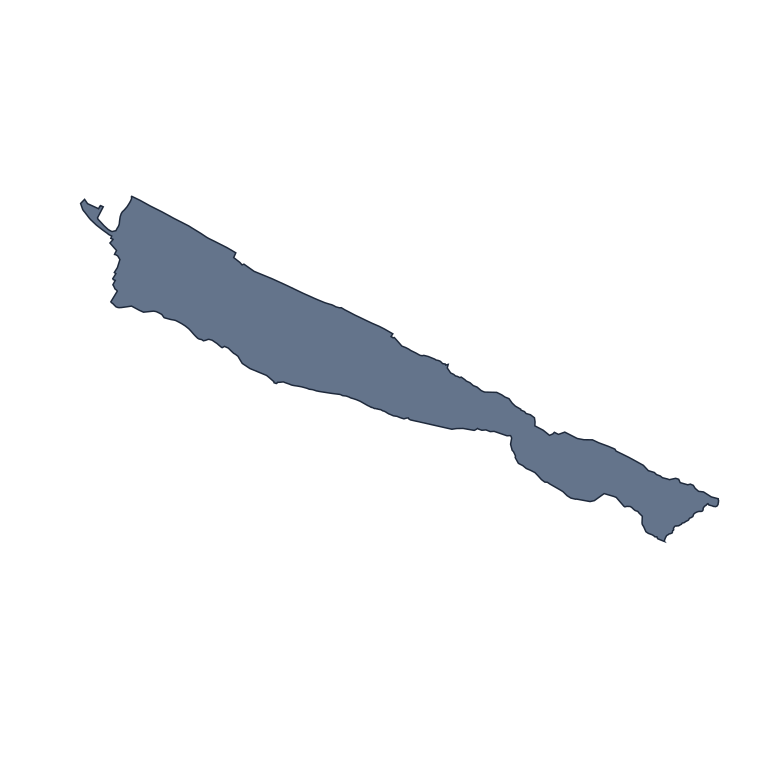 Dragus, Brasov, Romania, rotated 297°
{"feature_id": "2599482B95636369250135", "entity_name": "Dragus", "entity_type": "district", "adm_level": 2, "iso_a3": "ROU", "parent_name": "Romania", "parent_adm1": "Brasov", "projection": "albers", "projection_center": [24.778, 45.701], "detail": "fine", "context": "isolated", "style": "filled", "palette": "slate", "viewbox_px": 768, "rotation_deg": 297, "n_neighbors": 0, "source": "geoboundaries", "source_scale": "gbopen_adm2", "svg_char_len": 6035}
<svg xmlns="http://www.w3.org/2000/svg" viewBox="0 0 768 768"><g transform="rotate(297 384 384)"><path d="M433.5,733.9L432.0,726.9L432.9,717.7L431.2,713.0L432.3,708.6L434.1,705.6L433.9,702.4L432.1,700.4L430.6,692.7L432.9,689.8L432.4,686.7L428.3,681.7L428.1,679.8L426.9,674.6L427.5,671.9L427.0,668.0L427.9,665.0L426.8,658.8L429.3,652.0L429.8,635.3L429.6,621.2L430.8,619.3L430.3,612.0L429.1,601.9L428.9,595.1L425.1,587.4L423.2,581.0L423.2,566.9L418.3,562.3L418.3,557.7L416.2,557.1L413.4,554.8L415.1,546.8L415.2,537.4L418.8,535.8L422.2,533.4L423.1,528.4L422.2,524.0L423.2,521.7L422.9,517.9L423.6,517.3L423.9,511.1L425.2,506.8L427.7,502.0L427.3,497.7L427.8,493.9L427.7,488.2L422.5,477.4L422.3,475.4L422.3,473.4L423.5,468.4L423.1,464.2L424.2,460.0L424.0,456.0L424.6,454.0L425.2,449.6L424.1,448.6L424.1,445.8L423.6,444.0L424.2,441.8L424.1,438.4L427.0,433.1L430.6,432.3L428.9,430.4L429.6,429.6L428.8,426.9L429.7,424.3L429.8,423.4L429.6,421.6L429.0,419.5L429.2,417.9L428.6,410.9L427.6,406.5L426.5,405.1L425.9,403.0L426.1,398.3L426.0,392.7L426.3,390.2L426.3,386.7L425.9,382.9L426.0,382.4L427.0,380.0L430.1,372.1L429.2,371.2L429.5,370.4L429.3,369.4L429.5,368.7L432.7,369.1L433.2,359.5L433.2,353.6L432.7,345.7L432.5,338.7L432.4,333.0L432.2,326.9L432.3,319.8L432.3,315.4L432.6,311.3L431.7,309.8L430.9,306.1L431.0,303.8L430.9,301.4L430.5,299.7L429.6,294.5L429.0,287.2L428.7,282.6L428.1,270.7L427.7,253.7L427.0,236.9L426.3,228.1L425.4,217.1L427.2,204.8L425.7,203.4L426.9,200.4L428.4,192.7L433.6,192.4L434.2,182.7L434.2,168.0L434.1,162.2L434.2,159.4L435.0,152.9L435.8,142.7L436.2,138.2L436.2,121.4L436.6,108.3L436.5,95.0L436.9,83.3L436.7,74.0L436.3,73.9L434.6,74.9L432.3,75.1L429.5,75.0L425.3,74.6L421.2,73.6L418.7,72.7L416.5,72.5L413.3,73.0L411.5,73.6L409.4,74.3L406.3,75.5L403.9,75.8L402.2,75.6L398.9,75.5L396.3,72.4L396.3,70.4L396.5,67.8L397.0,66.1L397.9,62.8L401.2,53.9L401.6,53.8L402.0,53.3L414.4,53.4L414.3,50.6L413.5,50.6L413.4,50.1L410.6,50.1L410.1,38.0L412.6,33.4L407.1,31.7L402.6,36.4L401.8,37.9L401.2,39.4L397.9,46.3L397.2,48.1L395.0,55.6L393.5,63.3L393.0,66.5L392.6,69.2L392.2,70.7L392.2,74.2L389.7,74.5L389.9,76.9L389.7,77.0L385.2,75.8L381.5,85.1L378.5,85.0L377.1,85.1L377.4,86.1L377.3,88.1L377.1,88.8L375.0,92.2L366.7,93.6L360.9,93.1L360.6,95.0L354.7,94.5L354.1,95.4L354.3,97.5L349.3,97.4L348.4,98.9L346.6,101.1L346.4,102.0L346.2,103.3L345.6,104.2L333.2,103.3L332.7,104.4L332.6,105.6L331.1,110.1L331.3,112.0L331.7,113.2L332.9,115.3L336.1,119.9L338.8,123.7L338.6,132.6L338.8,137.1L344.3,145.6L345.1,148.2L345.2,151.7L345.1,154.4L343.3,157.9L343.4,158.8L344.7,164.9L345.7,168.1L346.0,169.6L346.0,173.2L345.9,176.4L345.5,180.5L344.6,184.9L343.7,187.5L342.0,191.7L341.1,194.2L340.2,197.1L340.1,198.5L340.3,199.6L340.8,201.3L340.5,203.5L342.0,205.3L344.0,207.1L344.4,208.1L345.0,211.0L344.8,212.5L344.5,214.7L344.3,216.7L343.7,219.0L342.9,222.5L342.9,223.3L345.1,224.8L345.3,229.0L343.9,233.3L343.1,236.1L343.0,238.1L342.7,239.8L342.4,241.4L341.6,242.5L338.0,248.3L337.9,249.0L336.9,257.6L338.3,275.2L338.2,276.1L337.6,278.8L336.3,283.9L336.2,284.7L335.2,285.4L335.5,287.8L335.9,288.2L337.1,288.3L338.3,290.5L340.2,293.4L340.3,295.2L341.0,300.3L341.0,301.2L341.2,302.6L341.8,304.7L342.8,307.6L343.5,309.9L344.1,312.0L344.5,313.9L345.2,317.3L345.3,318.4L345.4,319.7L346.5,322.8L346.8,324.3L347.2,327.1L347.5,327.9L347.8,329.2L349.2,333.5L352.0,342.0L354.7,349.4L354.9,350.8L354.8,352.1L355.0,352.8L356.1,355.7L356.5,358.6L356.5,360.7L357.0,363.3L357.5,366.5L357.8,370.7L357.4,379.4L357.5,381.0L357.4,382.6L357.6,382.9L357.4,383.3L357.8,384.5L357.8,386.7L358.2,387.3L358.6,389.1L358.9,389.4L358.8,389.7L359.0,390.7L359.2,391.2L359.4,392.2L359.7,392.6L359.6,394.0L359.5,395.0L359.9,396.8L359.8,397.8L359.9,398.4L359.7,398.9L359.7,399.7L359.5,401.9L359.7,402.9L359.9,406.8L361.1,410.3L361.3,413.1L361.6,415.2L362.0,417.6L363.8,419.5L364.8,421.1L364.1,422.1L364.0,423.8L374.5,465.0L377.2,468.8L380.3,474.6L383.6,485.4L384.4,486.1L386.9,487.6L386.7,488.2L387.2,492.2L389.4,495.7L389.8,500.3L391.8,503.6L393.7,517.1L395.4,520.0L395.1,520.8L393.8,522.3L387.8,524.1L383.1,528.3L382.5,530.1L379.6,533.8L378.0,534.3L374.3,539.8L374.3,544.7L373.3,549.1L373.6,553.7L373.6,558.7L372.3,562.5L370.3,567.7L369.6,571.8L370.6,574.2L370.2,577.0L369.6,589.2L369.3,592.5L367.6,597.9L367.2,602.3L368.3,606.9L368.9,607.9L372.8,621.0L375.6,624.4L386.3,629.9L387.1,634.3L388.1,639.6L388.4,642.4L384.0,653.2L383.9,654.4L385.2,655.9L386.6,658.9L386.5,660.7L385.6,663.7L385.3,665.2L385.7,668.0L384.8,669.8L383.4,674.2L377.3,677.0L376.1,677.9L374.7,680.2L371.3,684.4L370.9,687.3L371.4,691.3L371.3,693.1L370.8,694.7L371.7,696.5L370.4,698.0L370.5,700.0L371.0,705.5L371.1,705.3L371.5,705.1L372.6,704.8L374.6,704.6L376.0,704.6L376.6,704.6L377.0,704.6L377.6,704.8L378.9,705.7L379.5,705.9L379.8,706.1L380.2,706.5L380.7,707.2L381.2,707.6L381.7,708.0L381.8,708.2L382.0,708.2L382.5,708.3L382.8,708.3L383.9,707.9L384.4,707.8L384.7,707.9L385.2,708.3L385.4,708.3L386.0,708.1L386.4,707.7L386.8,707.5L387.0,707.4L388.8,707.6L389.3,707.8L389.6,708.0L390.1,708.5L390.3,708.8L390.3,709.2L390.3,709.3L390.8,709.7L391.1,710.5L391.4,710.6L391.6,711.0L392.0,711.3L392.9,711.8L394.1,712.7L394.3,712.7L395.0,712.7L395.4,712.9L396.0,713.4L396.3,714.0L396.6,714.3L397.1,714.6L398.5,715.3L400.5,716.8L401.2,717.1L401.7,717.1L402.4,717.1L403.2,717.3L403.5,717.5L404.4,718.3L405.2,718.8L406.0,719.3L406.4,719.3L406.9,719.3L407.8,719.1L408.7,719.1L409.2,719.2L410.4,719.8L411.7,720.7L412.8,721.7L413.6,722.7L413.7,723.0L413.9,723.4L414.6,724.7L415.0,725.1L415.6,725.4L416.0,725.5L416.8,725.4L418.0,724.9L418.4,724.8L419.0,724.8L419.8,725.0L420.2,725.0L421.0,725.3L422.0,726.0L422.3,726.0L423.6,726.4L424.4,726.8L424.5,727.0L424.3,727.4L423.9,727.8L423.7,728.3L423.9,729.2L424.0,729.8L424.2,730.8L424.4,731.5L424.5,733.2L424.6,733.4L424.9,734.0L425.0,734.5L425.1,734.9L425.9,735.7L426.4,736.1L427.9,736.3L428.5,736.3L428.9,736.2L429.6,735.8L430.5,735.7L431.0,735.4L431.4,735.3L431.5,735.2L432.1,735.0L432.4,734.7L432.7,734.3L433.5,733.9Z" fill="#64748b" stroke="#1e293b" stroke-width="1.5"/></g></svg>